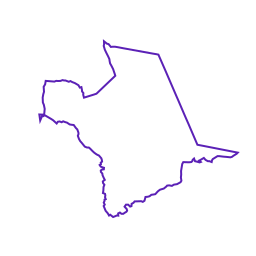 the district of Brejo da Madre de Deus, Pernambuco, Brazil, rotated 141°
{"feature_id": "56859067B57083131073603", "entity_name": "Brejo da Madre de Deus", "entity_type": "district", "adm_level": 2, "iso_a3": "BRA", "parent_name": "Brazil", "parent_adm1": "Pernambuco", "projection": "equal_earth", "projection_center": [-36.237, -8.078], "detail": "fine", "context": "isolated", "style": "outline", "palette": "violet", "viewbox_px": 256, "rotation_deg": 141, "n_neighbors": 0, "source": "geoboundaries", "source_scale": "gbopen_adm2", "svg_char_len": 2624}
<svg xmlns="http://www.w3.org/2000/svg" viewBox="0 0 256 256"><g transform="rotate(141 128 128)"><path d="M156.0,210.4L162.3,216.4L164.9,214.1L167.6,213.1L170.5,209.0L172.4,207.7L175.1,205.4L178.1,201.4L178.8,199.0L180.7,195.3L183.7,192.2L185.0,191.3L184.1,188.9L182.0,183.3L181.3,181.1L180.6,176.4L178.6,177.0L177.0,176.1L175.9,174.2L174.2,174.0L173.3,172.4L172.0,170.5L171.1,167.5L169.7,165.9L168.3,164.5L168.4,162.7L168.5,160.6L168.3,158.8L169.4,155.7L170.2,154.5L171.9,153.5L173.0,150.3L173.4,147.9L173.3,145.4L173.3,140.7L172.2,138.7L170.7,137.4L170.4,135.7L170.1,132.4L169.8,130.2L169.3,128.2L168.8,126.7L167.9,124.9L167.8,121.2L168.5,119.5L169.3,118.2L171.0,118.2L171.8,116.9L173.3,117.1L173.5,115.2L172.6,113.5L171.7,112.2L172.8,111.1L174.5,112.1L175.9,112.1L176.7,110.9L176.6,108.8L177.5,107.3L178.2,104.7L178.7,102.3L180.0,102.4L181.2,102.3L182.0,101.0L182.1,98.7L184.1,97.6L186.6,94.8L188.4,93.2L187.3,91.3L188.0,89.9L189.4,88.7L190.1,86.7L191.3,87.1L192.3,86.0L193.8,85.3L194.3,83.1L196.0,82.7L197.5,77.7L197.4,74.5L197.8,71.9L196.4,71.8L195.6,68.2L193.4,67.5L191.6,67.0L190.7,66.0L189.4,67.8L187.5,67.4L187.1,65.5L185.7,64.3L183.9,64.2L182.0,63.9L180.7,64.3L180.0,65.9L180.2,69.0L177.8,69.7L176.1,68.3L175.8,65.6L174.5,65.1L172.9,66.8L170.8,66.4L169.1,66.8L163.8,62.8L163.0,61.3L161.0,61.1L159.3,62.3L157.8,63.4L156.0,62.2L154.2,61.4L151.9,61.4L149.9,60.2L148.4,59.4L146.5,59.7L145.3,59.9L144.0,60.0L141.9,59.9L138.3,58.4L135.3,58.4L133.8,58.6L132.1,57.5L130.3,55.4L128.0,55.1L125.2,53.5L121.3,52.8L119.7,53.4L118.0,56.3L116.0,58.3L113.8,61.2L108.5,65.9L106.5,66.7L102.1,62.9L100.2,61.7L98.9,61.8L97.7,62.6L95.9,62.7L96.8,60.0L95.5,58.3L94.0,56.2L92.8,55.8L93.1,57.9L91.9,57.6L87.9,57.0L87.8,54.4L86.8,51.9L85.7,51.1L84.4,48.9L83.1,50.0L81.7,50.5L76.1,49.8L74.7,48.6L71.8,45.6L69.9,43.8L66.8,40.7L65.1,40.1L63.6,40.1L59.8,39.6L58.2,39.8L80.3,66.2L84.6,71.3L78.5,92.9L76.6,99.9L75.2,104.9L71.1,119.4L70.6,121.3L62.8,149.1L58.2,165.9L59.5,167.5L61.9,170.2L81.6,193.1L84.8,196.9L87.0,199.4L88.6,200.7L90.3,201.8L90.3,205.4L91.3,206.8L92.1,210.5L93.9,208.1L95.2,207.1L96.1,204.9L96.7,203.5L97.5,200.2L98.4,196.0L99.1,193.3L100.2,191.5L101.3,189.4L101.6,187.4L102.5,183.1L103.2,181.3L104.3,178.3L105.0,176.6L127.2,174.8L130.9,174.5L133.6,175.5L143.1,179.3L141.9,182.0L140.7,183.2L140.7,185.3L139.8,186.6L138.5,189.1L140.0,189.7L139.6,192.5L141.1,196.5L142.4,198.7L143.2,200.7L144.9,201.2L145.9,202.9L146.7,204.3L147.8,205.2L148.7,206.4L150.9,207.1L153.0,208.7L154.1,209.8L156.0,210.4ZM185.0,191.3L188.4,194.3L191.5,189.1L187.6,191.2L186.2,190.4L185.0,191.3Z" fill="none" stroke="#5b21b6" stroke-width="2"/></g></svg>